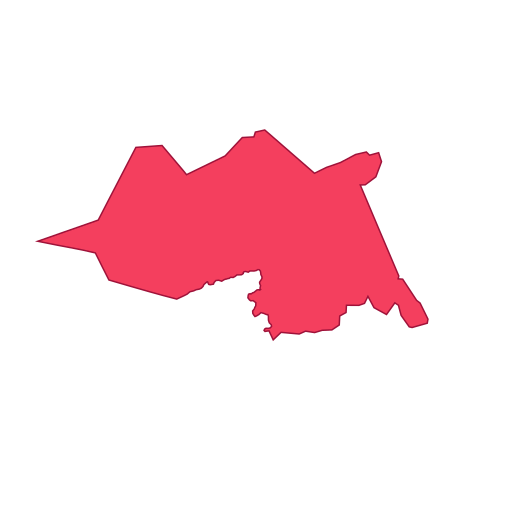 outline of Randolph, West Virginia, United States of America, rotated 51°
{"feature_id": "52423323B54631605576846", "entity_name": "Randolph", "entity_type": "district", "adm_level": 2, "iso_a3": "USA", "parent_name": "United States of America", "parent_adm1": "West Virginia", "projection": "orthographic", "projection_center": [-79.767, 38.752], "detail": "fine", "context": "isolated", "style": "filled", "palette": "rose", "viewbox_px": 512, "rotation_deg": 51, "n_neighbors": 0, "source": "geoboundaries", "source_scale": "gbopen_adm2", "svg_char_len": 2147}
<svg xmlns="http://www.w3.org/2000/svg" viewBox="0 0 512 512"><g transform="rotate(51 256 256)"><path d="M107.2,416.3L110.5,413.6L122.3,403.8L130.9,396.5L142.1,387.1L152.5,378.9L167.3,382.2L182.1,385.4L199.4,373.4L217.1,361.0L228.3,353.0L239.6,344.7L240.2,342.2L240.9,339.5L241.6,336.7L242.3,333.4L242.2,329.9L243.9,326.3L244.5,323.8L246.1,320.8L246.6,318.6L246.3,316.3L245.4,314.5L245.3,312.3L245.3,310.3L245.6,309.9L246.6,310.1L247.1,310.4L248.3,310.6L249.5,309.7L251.1,306.8L250.2,305.2L249.8,302.6L251.3,300.3L254.0,298.5L254.3,295.9L254.8,294.3L255.3,293.5L255.8,292.1L256.5,291.0L256.5,289.9L256.7,289.0L258.3,287.3L258.7,285.2L258.7,282.7L260.6,280.3L261.5,278.9L261.6,276.9L261.0,276.5L260.7,275.2L261.5,273.8L263.7,272.2L263.8,270.2L265.1,268.5L266.4,267.0L267.5,264.8L267.7,263.2L268.7,262.1L270.5,262.1L272.0,262.9L273.5,263.9L275.8,264.4L277.2,265.5L277.9,267.4L278.6,269.7L279.8,270.5L281.9,271.1L283.4,273.0L284.3,273.7L284.8,273.5L284.9,274.5L284.0,275.0L283.0,276.5L283.0,278.2L283.0,280.6L282.4,282.0L282.5,282.6L282.3,283.9L281.6,284.2L281.0,285.8L281.9,287.1L283.4,288.6L286.0,288.7L287.5,288.3L288.9,286.3L292.2,285.5L294.6,287.6L295.2,289.3L296.1,290.7L296.6,293.2L298.6,294.6L300.7,294.9L302.4,294.9L302.9,293.3L303.3,290.6L303.1,287.8L305.6,286.0L308.1,284.7L309.0,283.7L310.7,284.3L311.4,284.9L313.7,286.7L316.2,287.7L319.0,287.4L320.5,288.2L320.8,290.2L320.1,291.8L318.4,293.8L318.2,295.2L318.9,296.6L320.3,296.5L321.1,295.0L322.4,293.0L332.0,295.4L331.1,284.6L343.8,271.5L345.6,264.8L352.4,258.6L355.4,251.3L361.2,243.5L362.0,234.7L355.3,228.7L356.6,221.6L351.2,216.7L359.1,207.1L361.1,201.5L357.8,194.4L370.4,196.8L383.6,191.4L379.8,177.6L383.9,176.3L393.5,180.6L407.5,181.5L409.8,179.7L416.0,165.2L413.3,162.1L395.8,158.1L391.6,159.1L366.3,156.6L363.2,159.9L361.4,157.6L315.6,144.5L266.4,130.3L269.4,126.3L269.9,113.0L261.7,99.1L252.9,95.7L249.1,104.3L244.6,104.8L239.8,114.7L236.5,131.6L231.5,145.4L228.5,158.5L163.6,169.9L159.3,178.5L162.1,182.7L155.3,192.1L158.8,217.0L149.1,258.8L143.4,258.8L111.0,259.5L96.0,281.0L120.1,336.2L128.8,356.0L107.2,416.3Z" fill="#f43f5e" stroke="#9f1239" stroke-width="1.5"/></g></svg>